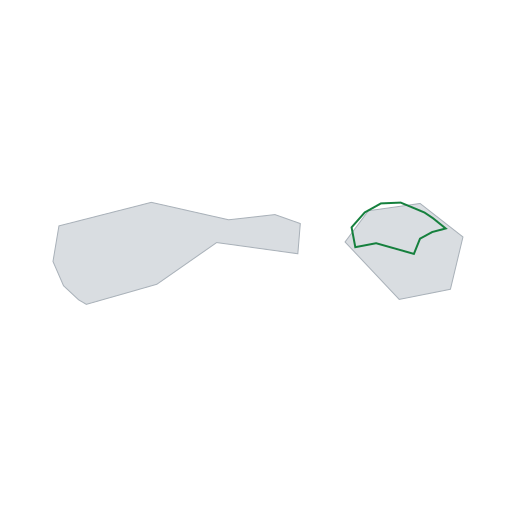 Saint Kitts and Nevis, with Saint James Windward highlighted, rotated 310°
{"feature_id": "KNA-5103", "entity_name": "Saint James Windward", "entity_type": "Parish", "adm_level": 1, "iso_a3": "KNA", "parent_name": "Saint Kitts and Nevis", "parent_adm1": "", "projection": "natural_earth1", "projection_center": [-62.57, 17.171], "detail": "fine", "context": "in_parent", "style": "outline", "palette": "green", "viewbox_px": 512, "rotation_deg": 310, "n_neighbors": 0, "source": "natural_earth", "source_scale": "10m", "svg_char_len": 624}
<svg xmlns="http://www.w3.org/2000/svg" viewBox="0 0 512 512"><g transform="rotate(310 256 256)"><path d="M309.3,269.1L284.6,286.6L241.0,217.2L170.6,198.2L109.9,157.1L108.4,148.3L109.5,127.7L121.3,104.0L152.4,85.7L229.8,141.3L266.1,211.7L299.9,243.9L309.3,269.1ZM403.6,402.3L355.5,426.3L314.8,393.6L324.0,315.2L362.9,313.0L401.7,347.9L403.6,402.3Z" fill="#d9dde1" stroke="#a8b0b8" stroke-width="1"/><path d="M326.6,326.4L339.4,310.8L359.3,311.3L376.6,317.9L389.9,332.5L397.6,357.1L398.7,367.3L399.0,383.6L387.7,375.6L374.7,370.5L359.1,375.6L343.0,339.8L326.6,326.4Z" fill="none" stroke="#15803d" stroke-width="2"/></g></svg>